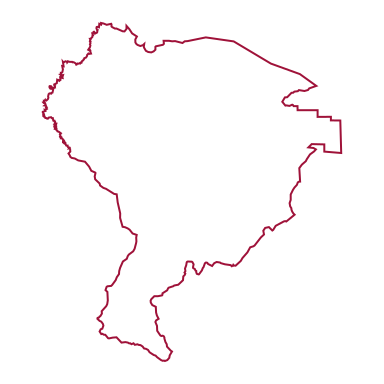 the district of Atwima Nwabiagya South, Ashanti, Ghana
{"feature_id": "2480657B44972771575405", "entity_name": "Atwima Nwabiagya South", "entity_type": "district", "adm_level": 2, "iso_a3": "GHA", "parent_name": "Ghana", "parent_adm1": "Ashanti", "projection": "robinson", "projection_center": [-1.826, 6.689], "detail": "fine", "context": "isolated", "style": "outline", "palette": "rose", "viewbox_px": 384, "rotation_deg": 0, "n_neighbors": 0, "source": "geoboundaries", "source_scale": "gbopen_adm2", "svg_char_len": 5725}
<svg xmlns="http://www.w3.org/2000/svg" viewBox="0 0 384 384"><path d="M286.3,221.5L294.6,214.7L293.4,213.5L292.2,211.6L291.5,209.8L291.3,208.1L290.2,206.4L289.6,203.1L290.7,199.9L290.7,194.5L293.0,189.8L294.5,187.5L296.9,184.9L297.8,182.4L298.9,181.7L300.1,181.6L299.3,168.1L301.9,164.6L305.8,161.2L306.8,159.2L310.0,154.4L314.1,151.4L315.9,149.4L313.5,148.0L308.4,147.4L311.7,144.1L324.3,144.4L324.3,151.6L341.2,153.0L340.3,120.5L330.9,120.4L330.9,116.8L317.6,116.9L317.6,110.2L297.6,110.2L297.5,106.1L293.6,106.1L292.9,105.0L292.2,104.7L289.5,105.9L286.4,105.4L285.4,105.6L282.3,101.8L284.9,97.4L287.2,97.2L291.5,92.8L293.2,92.7L294.4,91.6L297.8,91.2L298.9,90.1L304.5,91.0L308.0,90.0L309.2,88.4L316.3,85.9L299.9,74.1L270.9,63.6L233.7,41.4L205.8,37.4L187.6,41.1L184.7,41.3L182.5,43.0L175.1,41.1L172.2,41.3L169.0,40.8L163.6,40.8L163.9,43.8L162.9,44.8L155.9,46.3L155.4,46.8L155.4,49.7L153.6,51.4L151.3,52.4L148.2,52.0L145.9,50.8L144.2,47.9L143.8,46.8L144.2,44.0L142.9,45.2L140.3,46.0L137.5,44.9L136.3,43.9L135.4,42.5L135.3,39.5L136.9,36.5L132.1,33.4L129.4,29.2L126.5,25.9L126.5,28.9L124.5,31.4L122.7,31.3L116.4,28.5L115.0,28.6L112.2,27.1L111.5,26.5L111.5,24.4L111.2,23.8L106.7,24.8L103.5,23.5L101.2,23.0L101.4,23.9L101.1,24.7L99.3,23.8L99.0,27.3L97.4,26.8L96.7,27.0L96.4,28.1L97.2,30.5L97.5,30.4L97.1,32.5L95.0,33.6L94.5,32.2L94.0,31.7L93.5,31.9L93.0,33.3L92.3,33.3L93.0,35.3L92.5,35.4L92.3,37.1L90.9,38.4L90.8,38.9L90.0,38.9L90.3,39.6L89.9,41.2L90.5,41.5L90.2,42.3L90.5,43.1L89.9,44.3L90.4,45.4L90.0,47.1L88.2,49.8L89.7,50.6L90.1,50.2L90.4,50.7L90.3,51.5L91.0,53.6L89.1,53.9L88.4,53.5L87.1,55.0L87.1,55.8L86.1,57.5L84.3,58.2L84.1,59.1L83.5,59.5L83.3,60.3L82.1,61.0L81.5,62.7L80.9,62.5L80.5,63.0L80.4,62.7L78.8,63.7L77.6,63.5L76.5,64.7L76.2,64.7L75.9,63.6L74.7,62.8L73.6,62.2L72.5,62.3L72.2,61.9L69.7,61.9L67.7,61.2L67.4,61.4L67.7,61.9L67.2,62.5L67.0,61.8L65.4,61.3L63.6,62.5L62.9,61.7L63.6,66.3L62.2,66.0L62.9,69.4L62.4,72.0L61.6,72.8L60.9,72.8L61.1,74.3L60.3,74.5L60.8,74.9L61.6,74.7L62.4,75.4L63.0,75.2L62.4,77.2L62.6,78.0L61.7,77.8L61.5,76.8L60.5,76.5L60.1,77.0L60.5,79.9L59.7,80.5L59.1,80.2L59.0,80.7L57.2,79.7L56.8,83.2L54.5,84.3L54.9,84.9L54.3,85.2L55.0,86.5L54.8,87.0L54.9,87.4L54.5,87.4L54.4,87.8L53.0,88.3L53.0,87.8L51.7,87.5L51.5,86.6L50.9,86.1L50.0,86.1L49.9,85.4L49.4,86.9L49.7,87.8L50.4,88.7L52.9,89.0L53.2,89.6L52.8,91.2L52.5,92.6L51.3,93.0L51.2,93.6L49.4,93.4L48.6,94.2L48.1,96.5L48.4,97.7L47.9,99.1L46.3,100.6L45.1,100.6L45.0,100.1L44.4,100.9L43.9,100.8L44.0,102.0L43.2,102.3L43.8,103.0L45.1,103.1L45.6,104.7L44.6,105.5L45.9,105.7L46.3,106.6L46.1,107.1L46.6,107.4L46.1,107.9L46.9,108.9L45.5,109.8L44.8,109.7L45.4,111.0L42.8,111.8L42.8,112.6L43.6,113.5L43.3,114.2L43.9,114.5L43.2,115.9L43.5,116.2L44.0,115.2L45.3,118.0L46.6,118.1L47.1,118.7L47.9,118.7L48.7,117.6L51.1,117.2L51.9,118.2L52.8,118.1L53.3,120.6L54.4,120.7L54.4,121.4L55.0,121.6L54.9,122.0L55.3,122.7L54.6,123.8L56.3,123.7L55.6,126.1L54.5,125.8L54.2,126.2L54.7,127.7L56.2,127.0L56.2,127.6L55.2,128.1L55.0,128.7L56.1,128.5L56.3,128.7L55.6,129.2L57.3,130.7L57.4,131.3L59.0,131.9L60.9,133.3L59.9,134.3L60.4,135.1L59.9,136.7L60.7,137.7L61.4,137.3L61.5,137.7L61.1,138.4L62.3,138.6L63.8,140.4L63.0,140.9L63.0,142.3L63.5,142.4L63.5,141.4L64.1,141.4L65.1,142.6L64.1,142.9L64.1,143.3L65.6,144.2L66.2,145.5L67.6,145.6L67.5,146.3L68.0,147.1L69.5,147.6L69.0,148.4L69.5,148.3L70.1,149.0L70.3,151.6L68.5,153.5L69.8,155.4L70.3,156.8L71.7,157.9L74.8,158.5L78.2,160.4L85.0,161.7L89.1,166.6L91.3,170.8L95.3,172.6L95.5,173.0L94.7,176.4L95.2,179.3L99.6,183.5L100.1,185.5L103.4,187.9L106.0,188.8L114.1,193.9L116.7,194.3L117.7,202.4L120.2,213.4L120.1,217.9L122.6,226.8L125.0,227.2L127.7,228.4L129.6,229.7L132.6,233.5L136.7,234.9L136.2,237.5L136.4,241.4L136.1,243.1L134.6,248.8L133.2,251.3L128.8,254.6L127.7,256.2L126.8,258.8L122.9,261.5L120.1,267.9L119.2,271.1L119.0,274.1L116.8,277.2L115.7,280.1L112.2,284.9L111.2,285.9L107.4,286.3L106.6,286.9L105.5,290.1L107.4,291.9L107.8,300.4L107.2,304.2L106.2,306.2L101.7,311.2L101.9,313.6L100.3,316.2L99.6,316.5L99.1,317.4L97.6,317.9L97.4,318.8L99.6,320.9L101.0,321.5L101.7,322.2L102.9,323.9L103.4,325.6L102.3,328.7L100.7,329.3L99.6,331.5L101.3,334.1L102.4,333.8L103.8,334.7L105.3,334.8L108.1,338.2L109.0,338.4L112.8,337.6L116.5,337.3L121.5,342.6L125.4,342.1L127.9,342.6L129.2,343.4L130.2,343.3L131.5,344.2L133.5,343.3L134.8,344.8L137.5,344.3L138.7,344.9L140.5,345.1L142.6,346.5L144.1,348.5L145.9,348.8L148.0,349.9L149.6,352.3L153.7,355.0L155.6,355.6L157.1,357.2L161.1,360.1L162.7,360.8L164.1,360.6L164.9,361.0L167.3,360.1L169.3,357.8L169.7,355.4L172.0,351.5L170.8,350.7L167.0,346.6L166.7,344.2L165.4,341.9L164.4,338.5L164.4,337.5L163.8,336.3L162.7,335.7L161.3,336.0L160.3,335.4L157.2,330.8L157.0,325.9L155.4,322.0L156.1,320.4L158.6,318.8L156.9,315.5L156.1,312.6L155.8,306.8L152.3,305.1L150.8,302.6L150.6,300.7L151.3,299.2L154.3,296.2L157.9,296.2L162.0,295.4L162.4,294.9L162.5,293.3L167.2,290.3L168.1,288.3L168.7,287.7L173.3,286.2L174.2,285.5L178.3,284.7L183.0,280.2L183.3,276.4L184.7,275.0L185.3,273.6L184.5,272.6L185.4,271.1L185.0,268.6L186.2,265.3L186.7,262.4L187.1,261.8L187.9,261.5L191.8,261.7L192.4,262.1L193.6,264.3L193.0,267.2L193.2,268.1L194.9,269.1L195.4,270.5L196.2,270.9L196.3,272.5L196.8,273.8L198.5,274.4L199.0,274.3L201.9,270.4L202.8,268.0L203.5,267.2L204.9,263.3L206.0,262.5L207.3,262.8L208.1,264.0L212.1,266.0L214.2,263.2L216.6,262.0L220.0,262.5L220.7,263.1L224.9,264.3L230.6,265.1L231.8,266.2L232.3,265.7L232.9,265.8L233.3,264.9L233.8,265.5L235.6,265.7L240.8,260.9L242.5,258.0L247.4,252.4L250.2,247.3L253.4,246.3L254.6,245.5L260.9,237.4L264.0,234.5L263.3,230.7L265.2,227.9L268.9,227.1L272.3,230.5L273.2,229.9L275.7,225.8L283.9,221.4L285.2,221.1L286.3,221.5Z" fill="none" stroke="#9f1239" stroke-width="2"/></svg>